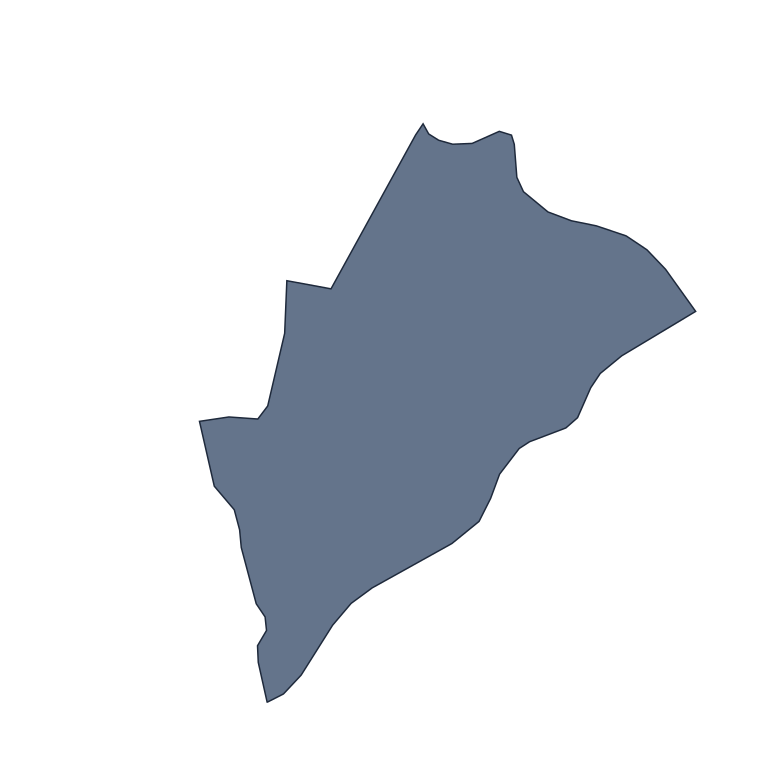 map outline of Kisoro (Robinson projection), rotated 231°
{"feature_id": "UGA-3376", "entity_name": "Kisoro", "entity_type": "District", "adm_level": 1, "iso_a3": "UGA", "parent_name": "Uganda", "parent_adm1": "", "projection": "robinson", "projection_center": [29.666, -1.19], "detail": "fine", "context": "isolated", "style": "filled", "palette": "slate", "viewbox_px": 768, "rotation_deg": 231, "n_neighbors": 0, "source": "natural_earth", "source_scale": "10m", "svg_char_len": 805}
<svg xmlns="http://www.w3.org/2000/svg" viewBox="0 0 768 768"><g transform="rotate(231 384 384)"><path d="M561.6,578.1L550.2,576.1L539.0,579.9L527.1,588.3L515.5,603.9L507.8,632.6L497.2,639.7L488.3,636.1L461.0,617.3L445.7,613.4L414.5,619.7L393.0,632.3L373.2,648.6L346.7,665.4L322.8,672.8L295.9,675.0L244.3,671.9L256.3,586.5L256.1,558.7L251.0,542.3L236.0,513.2L235.4,497.7L247.5,460.9L248.8,448.5L241.2,417.1L228.0,394.9L217.4,371.4L217.3,336.4L233.0,246.5L234.2,220.4L228.9,192.3L209.9,136.4L206.4,110.8L210.1,93.4L210.4,93.0L246.8,111.1L260.2,121.0L266.4,137.6L277.8,145.0L293.6,146.4L346.8,170.2L361.5,180.0L380.5,188.5L411.4,187.8L471.1,217.1L456.0,242.7L436.2,263.9L440.1,279.8L485.9,338.7L525.4,373.5L491.3,402.7L557.7,565.4L561.6,578.1Z" fill="#64748b" stroke="#1e293b" stroke-width="1.5"/></g></svg>